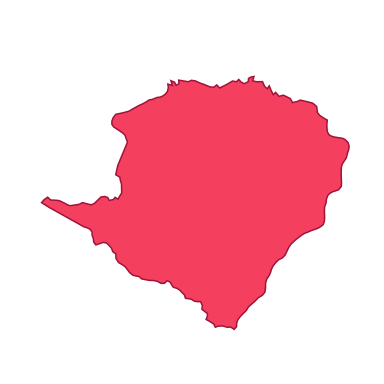 Santa Tereza do Tocantins, Tocantins, Brazil, rotated 193°
{"feature_id": "56859067B62208923479169", "entity_name": "Santa Tereza do Tocantins", "entity_type": "district", "adm_level": 2, "iso_a3": "BRA", "parent_name": "Brazil", "parent_adm1": "Tocantins", "projection": "orthographic", "projection_center": [-47.736, -10.292], "detail": "fine", "context": "isolated", "style": "filled", "palette": "rose", "viewbox_px": 384, "rotation_deg": 193, "n_neighbors": 0, "source": "geoboundaries", "source_scale": "gbopen_adm2", "svg_char_len": 2877}
<svg xmlns="http://www.w3.org/2000/svg" viewBox="0 0 384 384"><g transform="rotate(193 192 192)"><path d="M336.2,147.8L327.3,144.7L289.6,133.8L285.8,133.5L282.8,132.7L280.3,130.4L279.7,127.5L277.9,124.9L276.5,121.1L273.8,118.8L270.1,121.1L267.2,122.9L264.0,123.1L260.7,121.2L258.0,119.3L255.7,116.0L252.3,114.6L251.1,110.1L247.6,106.7L243.5,105.5L240.4,104.2L237.8,102.1L234.9,99.6L231.2,97.7L227.8,97.5L224.5,97.7L221.6,96.0L218.1,96.1L213.5,96.3L209.6,97.1L205.8,97.2L201.6,96.0L198.2,96.9L196.3,100.0L192.9,99.2L191.1,97.1L188.8,95.0L184.7,94.7L181.6,93.5L178.8,91.5L176.3,90.1L174.4,86.9L171.2,87.3L168.3,87.3L165.3,86.2L162.4,86.3L159.0,87.1L156.4,83.7L156.0,80.0L153.4,78.7L149.6,77.0L149.1,74.2L149.6,71.0L145.4,69.8L141.1,68.2L138.9,65.5L136.2,67.2L132.0,68.4L127.3,68.1L123.9,69.1L120.0,67.6L118.3,70.8L119.0,74.4L118.6,77.7L116.9,81.6L114.8,85.1L112.4,88.8L111.1,92.8L108.8,96.0L106.2,99.6L103.7,103.8L100.2,107.2L98.4,110.8L98.8,115.1L99.8,119.9L99.6,123.9L98.2,127.5L97.4,130.9L97.2,134.6L96.4,138.1L94.3,142.4L92.3,145.6L89.2,148.0L87.1,151.4L86.2,155.4L85.3,159.7L83.9,163.2L81.7,166.7L79.7,169.5L77.6,172.0L75.3,174.8L73.1,177.0L70.5,178.7L68.1,180.5L65.1,182.5L61.3,184.9L58.9,187.1L56.9,189.7L56.4,192.6L56.8,195.7L57.5,198.9L58.8,203.5L59.4,207.5L58.9,211.1L59.4,215.6L58.8,219.6L57.1,222.0L54.8,224.0L52.4,225.4L49.7,227.1L47.8,231.0L48.6,235.5L49.6,238.9L50.3,241.6L51.2,245.3L52.0,249.6L51.9,252.9L50.8,256.0L49.3,260.0L49.2,265.4L48.8,269.0L49.3,272.3L51.2,275.4L54.7,277.6L57.6,278.2L61.3,277.9L65.1,277.6L68.7,277.8L71.5,278.7L73.8,281.3L75.2,285.8L76.0,289.4L76.3,292.5L80.8,293.8L85.0,295.5L87.6,297.6L89.8,303.4L94.3,305.7L98.9,305.9L102.8,305.9L107.3,305.9L109.7,303.9L114.2,301.8L117.3,305.2L124.8,306.9L128.7,304.8L132.9,307.9L134.7,305.1L138.0,309.1L140.6,312.8L141.9,309.6L145.0,311.2L148.1,315.4L153.9,314.0L157.9,313.9L157.6,318.5L160.2,317.4L162.5,315.4L162.0,312.2L165.4,309.3L169.1,310.3L171.8,312.2L173.5,309.4L177.4,309.3L181.2,305.7L184.4,302.9L188.5,299.6L192.0,301.9L194.4,298.9L198.4,298.5L204.2,299.5L207.6,299.8L213.8,301.0L217.7,300.7L220.4,298.6L230.1,298.0L229.1,294.6L231.5,292.4L233.7,295.1L237.6,295.7L235.1,291.4L239.8,291.7L238.6,288.5L238.5,284.7L239.9,281.5L242.0,279.0L244.4,277.3L247.4,276.2L251.5,273.3L254.6,272.0L256.9,269.5L259.8,266.9L263.1,264.4L267.7,260.3L271.7,256.5L277.6,253.4L283.7,250.6L285.5,246.8L286.0,243.2L285.3,239.9L282.8,237.7L276.0,235.2L272.6,233.8L270.1,232.3L266.1,226.0L270.3,201.2L270.2,191.7L265.7,190.2L264.4,187.2L262.5,183.9L260.3,175.3L261.6,171.5L262.6,168.4L265.7,169.5L267.0,166.9L270.7,165.2L272.9,167.7L276.1,168.0L279.6,166.6L282.7,161.8L284.8,158.6L287.3,156.9L290.7,156.8L296.2,157.1L299.4,154.5L305.0,152.3L307.7,151.2L310.5,151.5L313.8,152.5L319.3,153.7L322.6,153.4L327.9,152.4L331.5,154.5L334.6,150.9L336.2,147.8Z" fill="#f43f5e" stroke="#9f1239" stroke-width="1.5"/></g></svg>